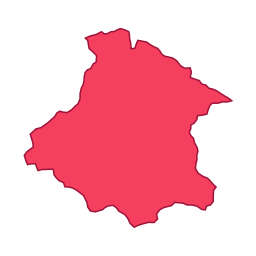 the district of Barão de Monte Alto, Minas Gerais, Brazil, rotated 190°
{"feature_id": "56859067B36277633207568", "entity_name": "Barão de Monte Alto", "entity_type": "district", "adm_level": 2, "iso_a3": "BRA", "parent_name": "Brazil", "parent_adm1": "Minas Gerais", "projection": "albers", "projection_center": [-42.281, -21.268], "detail": "fine", "context": "isolated", "style": "filled", "palette": "rose", "viewbox_px": 256, "rotation_deg": 190, "n_neighbors": 0, "source": "geoboundaries", "source_scale": "gbopen_adm2", "svg_char_len": 2070}
<svg xmlns="http://www.w3.org/2000/svg" viewBox="0 0 256 256"><g transform="rotate(190 128 128)"><path d="M209.2,70.4L205.7,72.1L202.1,72.8L198.5,73.7L194.4,74.3L192.7,69.1L190.1,66.5L186.8,64.2L182.0,63.0L179.9,59.1L176.4,59.6L172.7,59.4L169.0,58.3L164.7,56.2L160.0,53.8L158.1,51.0L155.4,47.5L153.9,43.2L150.8,39.8L145.8,39.7L142.2,41.5L138.8,43.2L136.7,45.8L133.8,47.9L129.4,49.2L125.8,47.6L122.5,44.5L116.3,42.3L112.6,39.1L109.5,34.6L104.7,31.4L100.5,34.3L96.1,36.5L91.2,38.7L85.9,39.4L83.1,43.6L84.9,48.2L82.5,53.0L78.7,56.0L74.9,57.7L71.6,59.2L69.0,62.8L63.8,63.3L60.4,63.5L56.9,62.5L51.3,63.3L46.4,63.0L41.4,60.7L37.7,60.7L37.0,64.8L33.4,66.5L31.3,70.6L32.0,74.2L32.5,78.1L32.9,81.6L31.0,85.1L34.5,87.5L37.8,90.1L41.0,92.4L45.4,93.3L50.9,95.5L54.6,100.0L54.9,104.3L54.6,108.7L55.5,113.1L55.1,117.4L56.5,120.7L59.9,125.0L61.8,129.3L64.5,131.2L66.8,133.9L66.1,138.2L66.6,141.8L63.5,144.5L61.6,148.5L61.7,152.2L57.1,153.5L52.7,155.4L52.2,160.0L51.3,164.3L49.3,167.1L43.7,168.1L39.3,170.1L34.5,171.0L30.6,172.9L34.7,175.0L39.2,176.6L43.2,178.3L46.5,179.8L50.5,180.9L55.5,181.3L58.6,183.7L62.9,184.1L66.1,187.1L70.6,187.7L75.5,188.6L75.3,194.1L77.2,198.0L82.6,196.7L87.1,198.5L91.7,202.7L96.3,204.7L100.1,204.9L104.3,205.1L107.4,206.5L109.8,209.2L112.6,211.5L116.4,212.4L120.4,213.9L124.6,215.9L129.8,216.0L133.5,216.0L134.4,212.4L135.0,207.8L138.5,206.6L140.6,213.3L142.0,216.5L142.7,219.8L144.0,223.0L148.2,224.1L152.8,224.6L155.7,222.7L158.3,220.6L161.4,219.9L164.3,217.6L167.6,216.5L170.8,218.2L175.4,214.7L181.5,211.9L185.6,209.1L182.7,207.0L181.5,203.3L180.0,199.4L176.3,197.2L171.5,193.8L170.8,187.4L173.3,185.2L175.2,180.0L178.1,178.2L179.8,175.2L180.0,170.8L179.6,166.8L179.8,162.6L180.9,159.3L181.2,153.9L180.3,148.5L181.3,143.4L183.8,140.3L186.4,136.5L190.4,132.8L194.1,132.3L198.1,132.7L200.7,130.4L202.1,126.5L204.7,123.3L207.5,119.6L213.9,113.1L218.4,111.2L223.2,104.9L220.9,100.5L218.9,96.3L218.1,92.8L220.8,89.9L223.3,87.2L225.4,83.1L222.9,78.2L220.6,74.5L216.7,76.0L213.0,76.7L209.2,70.4Z" fill="#f43f5e" stroke="#9f1239" stroke-width="1.5"/></g></svg>